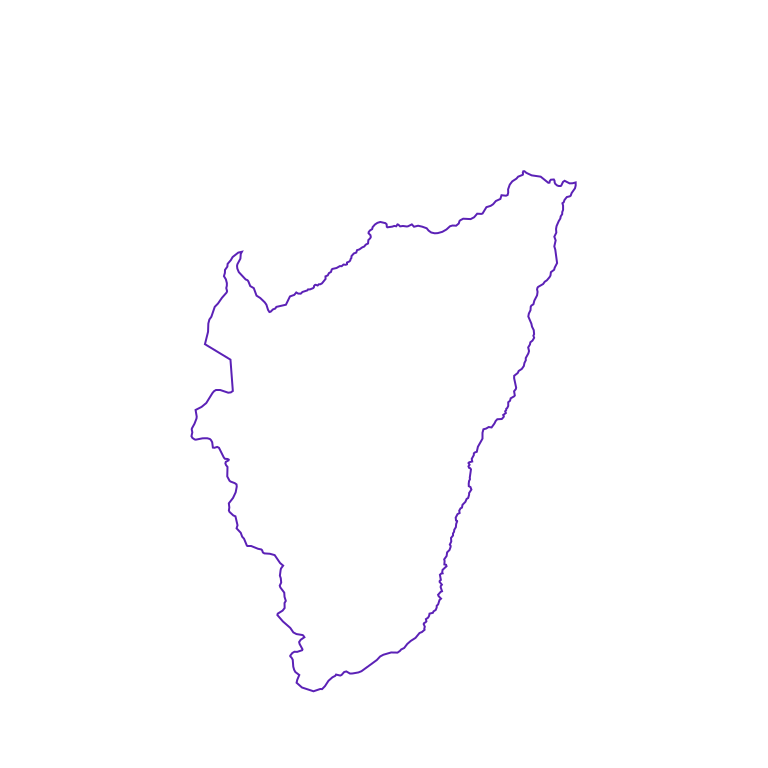 outline of Sucre, Ayacucho, Peru, rotated 43°
{"feature_id": "86281439B85523088523316", "entity_name": "Sucre", "entity_type": "district", "adm_level": 2, "iso_a3": "PER", "parent_name": "Peru", "parent_adm1": "Ayacucho", "projection": "albers", "projection_center": [-73.73, -14.09], "detail": "fine", "context": "isolated", "style": "outline", "palette": "violet", "viewbox_px": 768, "rotation_deg": 43, "n_neighbors": 0, "source": "geoboundaries", "source_scale": "gbopen_adm2", "svg_char_len": 6153}
<svg xmlns="http://www.w3.org/2000/svg" viewBox="0 0 768 768"><g transform="rotate(43 384 384)"><path d="M386.7,105.9L385.0,108.6L382.9,110.7L377.5,112.2L377.1,114.1L378.3,118.0L378.2,118.7L376.8,120.0L375.3,120.7L372.8,120.8L371.5,120.3L370.0,119.0L368.7,118.6L366.7,120.8L366.8,122.4L367.7,123.9L366.9,124.8L357.2,125.5L349.7,130.7L344.1,132.5L341.7,132.6L340.8,133.4L341.4,134.8L342.5,135.6L342.8,136.4L340.7,140.9L340.8,143.5L339.6,148.3L340.0,152.4L342.0,157.0L344.3,159.3L345.5,161.5L344.8,163.1L341.2,165.8L342.9,169.3L341.0,173.9L341.2,178.1L340.5,181.0L338.3,184.8L339.8,192.1L339.2,193.2L336.0,195.9L336.2,200.6L334.9,204.3L329.2,209.1L328.1,212.3L328.1,213.4L329.2,215.6L328.8,219.0L326.0,221.4L324.7,223.6L324.3,228.4L322.9,232.9L320.4,237.0L318.3,239.2L315.2,241.0L312.0,241.4L309.0,241.0L304.6,242.9L301.0,245.0L298.7,248.5L295.5,248.3L294.0,252.3L293.2,253.3L290.1,255.5L288.3,257.7L285.8,257.7L285.0,258.1L285.4,260.3L283.7,261.4L282.7,263.3L279.6,267.1L278.8,267.1L277.0,265.4L275.3,265.4L270.8,268.0L269.3,270.6L268.6,273.5L268.7,277.0L269.7,278.8L269.0,281.3L269.2,283.4L269.9,284.3L272.6,284.4L274.1,285.5L274.5,286.8L274.4,289.4L276.5,292.1L275.6,294.6L275.8,296.9L274.9,298.9L274.2,302.4L273.0,304.5L274.1,306.8L272.9,309.1L273.0,312.6L274.3,314.3L274.3,315.3L275.1,316.8L275.1,318.0L274.1,320.4L275.3,321.7L274.7,322.9L272.9,324.3L272.7,326.7L271.3,327.9L270.2,331.5L267.8,335.0L267.7,335.9L268.8,338.2L268.1,340.5L268.8,342.9L267.8,345.2L269.6,347.0L270.0,352.7L269.4,354.5L268.3,355.6L268.3,357.2L266.4,358.0L266.0,358.6L266.0,360.0L266.8,361.2L266.8,362.2L265.4,365.2L263.9,366.6L264.1,367.8L261.6,372.3L261.5,374.7L259.6,376.4L257.4,376.9L257.6,380.0L255.5,384.1L258.2,392.9L252.7,401.0L253.0,403.0L251.9,405.2L251.8,408.4L251.1,409.5L248.7,408.9L243.9,406.2L241.1,405.6L234.9,405.5L230.5,406.3L223.4,402.7L219.4,403.6L214.7,401.4L213.3,401.2L211.5,401.9L201.5,401.2L198.0,399.6L196.0,397.9L195.1,396.4L193.5,390.3L190.5,386.5L189.9,384.2L187.8,387.3L186.7,394.4L187.5,397.9L187.7,402.8L189.4,405.0L189.9,409.0L191.9,411.3L193.4,414.3L197.0,415.3L200.3,417.4L202.1,419.4L203.2,421.4L205.9,423.1L206.5,424.4L206.7,431.5L207.7,438.4L207.6,443.0L211.9,452.6L212.3,455.9L214.3,459.6L219.7,465.8L225.9,477.0L255.1,470.9L278.2,492.2L277.7,494.6L276.0,496.6L268.3,500.1L265.2,503.0L264.6,505.1L264.7,507.5L267.0,519.1L266.2,525.2L263.9,531.5L269.3,535.6L270.4,537.1L272.5,542.3L273.8,547.5L274.3,548.3L276.8,550.1L278.8,553.5L280.7,554.1L283.3,553.7L284.3,553.1L288.4,547.4L291.8,544.2L294.1,543.0L295.7,543.0L298.1,543.8L302.2,547.2L303.5,546.3L304.9,543.8L306.8,543.2L317.0,547.0L318.6,547.2L320.8,545.5L322.0,545.2L322.4,545.9L321.4,548.8L322.1,550.2L323.6,551.0L326.1,551.4L332.4,558.5L337.0,560.1L338.3,560.0L342.4,558.3L344.6,558.0L346.3,559.5L349.4,564.4L351.3,570.3L351.9,577.1L355.1,579.8L356.8,582.3L358.2,582.9L363.4,582.9L365.6,582.1L373.2,587.2L374.6,590.1L380.7,590.5L384.4,592.4L387.1,592.6L393.9,595.7L394.6,595.6L397.3,593.1L404.3,590.4L407.1,588.7L408.2,588.7L410.3,589.8L412.0,589.5L416.3,586.0L420.7,583.7L430.1,585.8L434.1,585.6L434.5,589.2L435.3,590.6L438.6,595.2L440.9,596.4L444.2,599.3L445.3,602.6L447.0,603.5L453.3,604.6L456.4,607.5L460.1,609.6L460.6,612.0L464.1,615.6L464.4,618.9L462.9,624.4L463.6,625.7L472.0,626.6L481.8,626.3L487.1,627.5L490.5,626.6L495.4,623.3L496.4,623.0L498.5,623.5L497.5,627.9L497.9,630.6L499.6,631.7L505.3,633.6L505.7,634.5L503.2,639.1L501.1,640.9L500.4,643.3L500.7,646.6L501.2,647.1L503.1,647.2L505.3,647.9L510.4,652.6L513.2,654.3L515.6,655.1L520.5,654.6L522.3,659.5L523.8,662.1L531.0,661.9L542.0,656.8L545.4,650.5L546.8,649.4L546.9,645.3L545.8,638.9L546.3,633.7L547.4,630.6L547.1,629.2L550.8,627.1L551.4,625.8L551.3,621.8L552.5,619.9L556.5,619.0L558.3,617.3L562.0,612.4L563.4,609.4L567.0,590.7L567.0,585.9L568.2,582.4L572.3,575.5L577.1,571.2L577.7,568.3L577.6,566.5L578.8,563.3L578.3,558.3L578.8,553.6L580.2,548.2L579.8,541.9L580.9,539.5L581.3,536.1L580.3,535.4L579.4,533.7L576.7,532.5L576.4,531.3L576.9,530.0L576.9,528.7L575.0,527.4L575.6,524.8L575.1,522.8L573.9,520.9L575.8,518.0L575.3,516.5L575.9,514.0L575.0,511.6L573.8,510.2L573.9,508.3L571.9,504.1L572.1,502.1L568.6,501.9L567.3,501.3L567.2,497.4L567.8,496.0L563.9,493.9L563.3,493.0L563.2,491.3L559.6,490.8L559.0,489.9L559.2,488.5L555.0,485.4L555.1,483.7L556.0,482.5L554.9,481.9L553.6,480.0L554.0,474.6L552.7,473.9L551.2,474.8L549.0,472.1L547.6,471.2L547.1,467.1L545.0,464.1L545.1,460.7L543.8,457.7L543.1,456.9L541.7,456.6L540.6,453.3L538.0,450.9L537.8,447.7L536.4,446.3L536.0,444.3L534.8,442.7L534.2,439.7L532.2,437.1L531.2,434.6L530.8,434.3L529.8,434.7L527.6,432.9L526.5,429.0L527.3,426.8L525.4,425.3L524.8,422.8L525.3,421.2L523.8,418.8L523.9,414.7L522.8,411.7L523.3,410.0L521.8,407.0L520.6,405.7L519.9,401.6L517.5,400.4L515.7,400.9L514.0,399.2L512.4,397.0L511.8,395.0L510.6,394.0L505.8,387.1L504.5,386.8L503.4,387.3L501.9,386.6L501.7,384.7L499.7,384.2L499.7,383.1L501.4,380.5L499.2,378.9L498.2,374.8L497.0,373.4L497.2,371.9L498.1,370.3L495.5,365.9L493.3,356.8L489.3,352.5L487.6,349.3L489.1,346.9L489.9,344.1L492.3,342.4L491.7,337.5L490.9,334.9L490.9,332.5L494.0,329.3L494.0,326.6L493.6,325.8L492.3,325.4L492.9,322.1L491.2,321.3L491.2,319.8L490.3,318.7L490.5,317.5L489.8,315.3L487.3,312.6L487.6,310.3L486.4,308.1L487.6,304.2L487.5,303.2L484.1,300.6L483.9,297.9L483.2,296.6L475.2,291.0L473.6,289.2L474.3,284.7L473.6,282.6L474.5,279.0L474.0,275.5L472.3,272.7L471.5,269.9L470.0,268.4L468.7,263.2L467.6,261.0L464.5,258.9L463.8,255.6L462.6,253.7L463.0,251.0L462.3,247.8L460.3,246.8L459.8,245.2L456.8,242.5L453.1,241.1L450.7,239.4L443.5,236.2L441.9,233.7L440.8,230.1L438.6,227.4L438.3,226.1L438.9,223.8L437.1,220.5L435.5,214.8L433.5,211.9L431.4,210.4L430.6,208.9L430.5,207.9L432.2,202.3L431.8,199.6L432.4,197.1L432.2,193.0L431.8,191.2L429.8,188.4L430.5,184.4L429.5,182.5L428.1,177.5L417.6,168.9L414.7,167.2L411.6,161.9L408.1,160.1L406.8,155.8L404.1,153.3L402.5,150.8L400.7,145.7L400.1,142.7L398.9,140.9L398.5,138.3L397.1,136.7L396.2,134.5L393.3,131.4L391.2,130.1L391.5,128.6L390.5,126.3L390.2,122.6L391.9,120.0L392.1,118.9L391.0,116.4L390.2,110.6L388.8,108.1L386.7,105.9Z" fill="none" stroke="#5b21b6" stroke-width="2"/></g></svg>